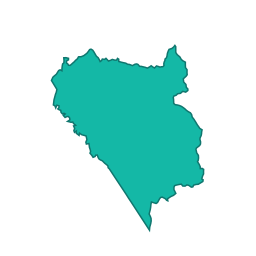 Mallet, Paraná, Brazil, rotated 196°
{"feature_id": "56859067B70608233597047", "entity_name": "Mallet", "entity_type": "district", "adm_level": 2, "iso_a3": "BRA", "parent_name": "Brazil", "parent_adm1": "Paraná", "projection": "orthographic", "projection_center": [-50.854, -25.87], "detail": "fine", "context": "isolated", "style": "filled", "palette": "teal", "viewbox_px": 256, "rotation_deg": 196, "n_neighbors": 0, "source": "geoboundaries", "source_scale": "gbopen_adm2", "svg_char_len": 3247}
<svg xmlns="http://www.w3.org/2000/svg" viewBox="0 0 256 256"><g transform="rotate(196 128 128)"><path d="M87.3,163.7L89.0,163.4L90.8,164.2L92.2,168.4L92.9,169.6L92.7,171.4L90.8,172.7L89.7,174.6L87.1,175.8L85.5,178.3L82.4,178.4L80.8,180.5L81.2,182.0L83.2,183.2L84.3,185.8L87.1,187.5L88.4,190.5L86.4,193.8L85.8,195.5L86.5,197.3L87.3,200.3L89.4,201.9L90.4,204.9L91.0,207.1L93.7,207.7L95.7,208.6L97.7,210.6L101.0,212.1L102.9,213.8L104.5,219.3L105.7,220.3L106.4,218.5L107.7,216.6L110.2,214.9L110.5,213.3L110.7,210.7L110.3,207.5L110.5,205.8L111.4,204.5L111.1,203.1L111.4,201.4L111.3,199.6L110.6,197.9L111.4,196.5L112.7,196.1L114.1,195.3L115.3,195.5L117.7,195.5L119.1,193.0L121.0,193.5L122.9,194.2L123.8,193.0L124.9,191.9L125.9,190.9L128.3,191.1L129.7,191.0L132.2,190.9L133.9,190.5L135.8,191.8L137.2,192.0L138.8,191.3L140.9,189.2L143.1,189.4L144.5,189.5L145.7,189.1L148.0,189.7L150.8,189.5L152.9,189.4L155.2,189.4L155.9,191.6L157.3,192.0L157.6,190.2L159.2,189.6L162.0,189.6L163.4,188.3L165.2,187.0L168.4,188.9L169.4,187.5L171.7,187.2L172.0,185.6L173.1,184.2L174.3,185.6L176.0,187.3L178.2,188.3L181.8,191.8L183.4,193.1L185.3,193.6L186.5,192.8L187.2,190.7L188.1,188.5L189.3,186.9L190.4,185.4L192.7,183.6L195.2,182.8L195.7,180.6L197.2,178.4L197.8,177.0L198.8,175.5L200.8,172.3L202.5,171.9L203.5,173.0L204.9,173.4L205.6,175.5L204.0,177.1L204.4,178.6L207.0,178.5L209.1,177.8L208.1,175.2L207.6,173.0L208.5,171.5L208.3,169.5L207.9,167.1L207.3,164.8L209.3,165.2L210.5,164.1L211.7,159.9L213.3,157.6L214.2,156.1L214.7,152.6L207.0,145.5L206.8,142.4L207.0,140.5L206.9,134.7L206.5,132.3L206.1,129.6L204.4,129.2L203.0,127.4L202.7,130.3L200.4,130.3L200.0,128.7L200.7,127.0L199.1,126.5L197.6,126.5L196.6,124.5L194.8,123.4L193.6,124.5L192.2,124.2L193.6,122.2L191.4,120.8L189.7,122.3L188.4,122.6L186.8,121.5L186.1,119.8L187.9,117.7L184.3,117.8L182.7,118.5L181.6,117.3L179.1,116.2L180.9,115.0L179.2,113.0L179.3,110.5L178.2,109.1L176.8,110.9L176.2,108.6L174.7,108.1L173.0,107.4L173.2,109.7L170.7,108.8L168.4,108.8L166.1,108.8L164.3,105.5L164.6,102.8L163.6,101.1L161.3,102.3L160.5,100.6L159.7,98.7L158.7,97.3L157.5,95.3L157.6,93.3L155.2,91.7L153.5,90.2L151.8,91.5L151.5,93.0L150.0,93.5L148.5,91.3L147.3,90.2L145.7,89.7L143.6,89.4L140.8,87.8L137.0,86.2L136.1,84.3L134.7,83.6L129.0,78.7L111.1,63.4L108.0,60.6L104.9,58.0L79.2,35.7L79.8,38.9L79.8,42.3L80.1,45.0L80.9,47.4L82.1,49.1L84.0,51.2L84.1,55.7L84.4,58.2L84.9,60.9L85.1,63.3L80.2,63.2L79.1,64.5L78.1,68.8L77.5,70.2L76.1,71.0L72.6,70.3L71.0,69.2L69.7,69.0L70.5,70.9L69.1,72.5L68.0,73.8L65.7,75.8L64.0,78.3L66.9,81.5L67.5,83.9L67.3,85.4L65.9,86.4L63.3,87.8L61.3,88.7L59.3,87.3L57.1,87.9L55.7,89.5L53.7,89.6L50.9,88.6L49.5,89.2L49.1,91.2L47.0,92.5L44.9,93.3L43.7,94.6L41.3,97.2L41.5,98.9L43.0,99.3L43.1,100.9L43.0,103.0L42.7,104.7L43.4,107.0L43.9,109.1L45.6,109.6L47.3,108.9L48.0,110.8L49.6,112.7L51.9,114.8L51.6,116.4L51.9,118.6L52.8,121.1L55.1,123.0L55.9,124.6L56.8,126.1L56.7,127.6L55.6,129.1L54.3,130.9L53.9,132.6L54.4,134.7L55.7,136.8L56.0,138.3L55.6,140.8L55.7,142.6L56.1,144.4L56.3,146.7L58.9,147.4L60.4,148.7L62.2,150.1L64.4,152.2L67.2,154.7L69.3,156.2L70.6,158.5L72.2,159.8L74.8,160.4L76.7,161.1L78.8,162.2L80.7,162.9L82.5,163.5L84.9,163.8L87.3,163.7Z" fill="#14b8a6" stroke="#0f766e" stroke-width="1.5"/></g></svg>